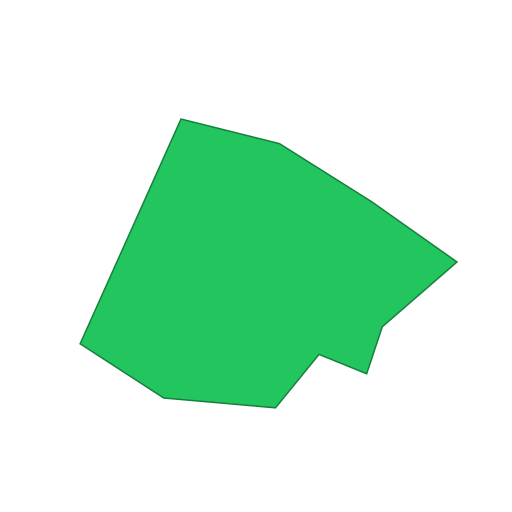 Floriana, Robinson projection, rotated 255°
{"feature_id": "MLT-5954", "entity_name": "Floriana", "entity_type": "state/province", "adm_level": 1, "iso_a3": "MLT", "parent_name": "Malta", "parent_adm1": "", "projection": "robinson", "projection_center": [14.501, 35.887], "detail": "fine", "context": "isolated", "style": "filled", "palette": "green", "viewbox_px": 512, "rotation_deg": 255, "n_neighbors": 0, "source": "natural_earth", "source_scale": "10m", "svg_char_len": 302}
<svg xmlns="http://www.w3.org/2000/svg" viewBox="0 0 512 512"><g transform="rotate(255 256 256)"><path d="M142.7,130.1L216.7,63.4L407.7,219.0L358.4,307.8L278.3,381.9L198.2,448.6L155.0,359.7L113.6,332.4L144.6,291.4L104.3,235.5L142.7,130.1Z" fill="#22c55e" stroke="#15803d" stroke-width="1.5"/></g></svg>